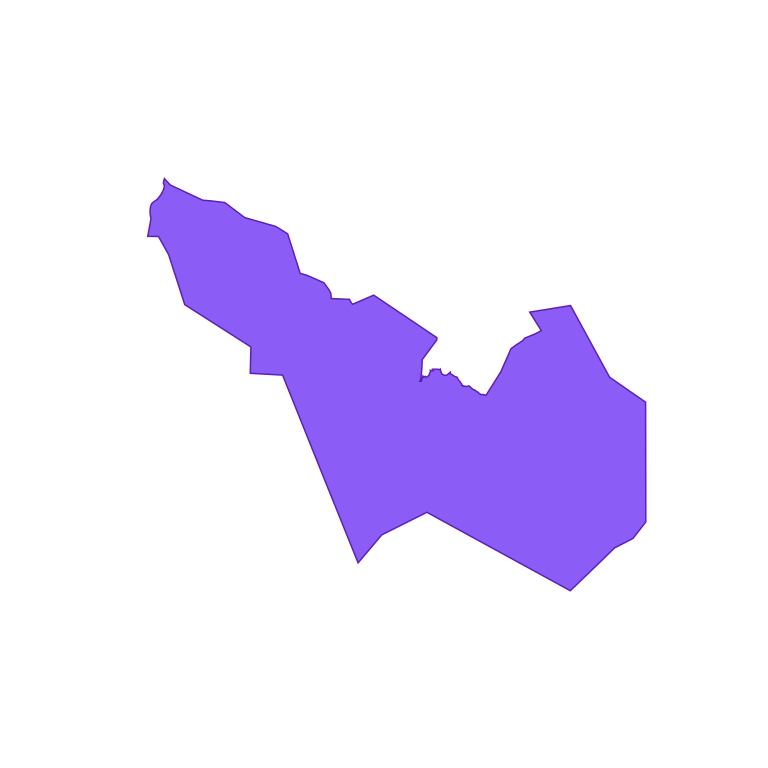 the district of Santo Domingo Roayaga, Oaxaca, Mexico, rotated 212°
{"feature_id": "50627088B4336628154898", "entity_name": "Santo Domingo Roayaga", "entity_type": "district", "adm_level": 2, "iso_a3": "MEX", "parent_name": "Mexico", "parent_adm1": "Oaxaca", "projection": "mercator", "projection_center": [-96.053, 17.333], "detail": "fine", "context": "isolated", "style": "filled", "palette": "violet", "viewbox_px": 768, "rotation_deg": 212, "n_neighbors": 0, "source": "geoboundaries", "source_scale": "gbopen_adm2", "svg_char_len": 1560}
<svg xmlns="http://www.w3.org/2000/svg" viewBox="0 0 768 768"><g transform="rotate(212 384 384)"><path d="M88.9,405.8L152.5,507.2L176.1,508.3L196.3,509.3L267.4,549.4L298.5,522.2L278.9,512.6L282.4,506.6L289.0,497.4L289.3,494.4L292.9,486.6L295.0,481.2L291.4,456.3L291.5,428.4L294.3,427.7L296.1,426.4L298.3,426.5L300.3,426.9L301.7,426.7L303.3,427.0L305.7,426.6L307.1,426.8L310.9,427.5L311.6,426.6L313.2,425.5L315.5,424.1L315.7,424.5L317.4,424.1L317.7,425.0L320.2,426.0L323.6,427.2L325.7,428.5L328.3,427.8L331.4,428.1L333.3,427.7L334.0,429.1L335.6,424.5L337.6,423.3L339.8,423.2L340.9,423.6L344.2,426.4L344.3,425.7L346.5,424.9L350.6,422.3L349.3,421.3L352.0,420.1L351.1,419.3L351.2,418.5L350.5,415.1L351.6,412.0L353.1,412.4L354.1,410.8L355.3,411.4L354.4,407.9L353.7,406.1L355.1,405.3L355.0,406.3L356.9,410.6L359.7,416.5L364.5,424.9L362.6,449.0L363.1,450.4L363.7,451.3L439.8,453.9L452.9,435.0L455.0,435.6L458.1,437.5L474.0,428.5L477.2,432.8L480.5,434.7L488.5,438.0L507.3,435.3L513.7,433.4L545.3,460.3L554.4,460.3L559.4,460.2L590.3,451.3L615.2,453.5L627.8,447.6L635.1,443.8L670.6,439.5L679.1,441.8L678.4,439.5L677.6,437.5L676.3,436.5L675.5,436.0L674.7,434.4L674.1,432.3L673.7,429.6L673.5,426.6L673.7,424.3L674.1,420.5L674.8,418.9L675.8,416.7L676.6,413.7L675.8,410.3L674.6,407.6L673.1,405.3L671.5,403.1L669.2,400.7L662.6,384.0L653.4,389.6L635.1,379.5L595.0,345.7L516.5,344.9L503.1,322.2L474.7,337.8L392.8,278.0L311.2,218.6L305.9,255.0L279.7,297.9L116.5,307.4L106.9,345.5L101.6,367.2L91.0,385.0L88.9,405.8Z" fill="#8b5cf6" stroke="#5b21b6" stroke-width="1.5"/></g></svg>